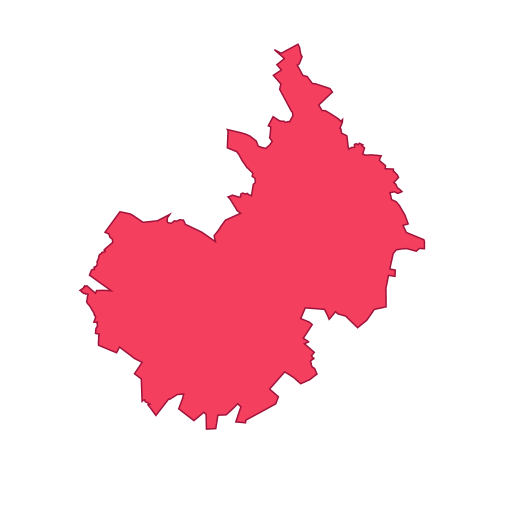 Quiriego, Sonora, Mexico (orthographic projection), rotated 312°
{"feature_id": "50627088B40581127001801", "entity_name": "Quiriego", "entity_type": "district", "adm_level": 2, "iso_a3": "MEX", "parent_name": "Mexico", "parent_adm1": "Sonora", "projection": "orthographic", "projection_center": [-109.479, 27.591], "detail": "fine", "context": "isolated", "style": "filled", "palette": "rose", "viewbox_px": 512, "rotation_deg": 312, "n_neighbors": 0, "source": "geoboundaries", "source_scale": "gbopen_adm2", "svg_char_len": 5775}
<svg xmlns="http://www.w3.org/2000/svg" viewBox="0 0 512 512"><g transform="rotate(312 256 256)"><path d="M421.6,131.6L421.7,139.2L421.7,145.0L412.1,143.5L411.3,150.4L401.9,148.0L400.5,159.3L395.7,162.1L387.3,185.4L387.2,186.9L385.0,189.6L379.0,190.9L378.4,191.3L377.3,189.8L376.7,189.7L376.3,189.5L376.2,189.3L374.9,188.2L375.0,186.9L374.1,185.8L372.6,183.8L372.0,182.0L371.0,175.5L361.0,178.0L361.9,180.6L355.4,185.5L353.0,186.9L352.0,191.3L347.7,191.9L343.1,191.3L342.5,191.2L340.7,188.0L339.1,184.2L341.6,179.3L341.1,171.4L339.8,167.2L337.7,162.7L330.8,150.1L330.1,151.7L317.2,162.3L320.6,171.8L319.9,175.6L317.7,181.6L315.6,190.4L315.8,190.8L315.4,198.3L312.6,199.8L313.1,203.2L310.5,206.0L309.1,206.4L307.8,206.0L307.5,206.0L297.8,212.3L297.3,210.9L296.7,210.0L296.6,209.1L296.8,208.2L296.7,207.7L296.4,207.4L296.1,207.2L295.2,207.0L293.9,204.1L292.3,203.3L290.4,204.1L289.7,205.0L288.6,204.4L285.4,197.7L282.1,196.3L281.2,195.7L280.9,198.9L277.4,210.9L277.1,211.2L277.5,216.0L262.2,209.3L259.5,209.6L253.8,210.2L253.3,210.4L248.5,211.0L243.1,211.3L242.7,211.7L239.5,216.3L237.5,200.1L233.3,185.7L232.2,182.5L234.1,178.1L231.7,174.9L228.6,173.7L227.6,171.8L223.9,171.3L221.9,168.6L222.1,167.0L224.2,165.2L226.0,164.4L228.2,164.3L229.3,164.1L227.6,163.5L223.1,161.8L219.9,160.6L218.1,159.8L217.4,159.7L216.1,159.1L205.5,149.6L203.7,136.7L203.0,134.2L198.4,126.2L197.7,125.3L172.6,127.9L173.9,132.0L172.2,134.9L172.3,138.2L169.9,140.6L169.3,140.3L160.9,139.2L158.8,139.1L158.8,140.3L158.3,140.9L155.3,139.0L154.7,139.6L153.2,139.0L152.8,138.8L152.1,138.9L151.8,139.0L151.4,139.0L150.4,139.6L149.5,140.1L148.7,140.6L148.2,140.9L145.3,141.7L143.9,143.4L141.8,144.2L141.2,143.9L140.9,143.8L140.5,143.7L140.3,143.6L139.8,143.7L139.6,143.5L139.5,143.4L139.5,143.2L139.4,143.2L139.4,143.3L139.2,143.5L139.1,143.8L139.0,144.0L138.6,144.2L138.3,144.3L138.2,144.4L138.0,144.7L137.9,144.7L137.6,144.8L136.9,143.7L136.3,143.4L136.0,143.3L135.3,143.2L130.3,145.1L133.3,171.7L131.6,169.6L128.6,165.8L123.6,160.6L120.9,161.7L120.7,150.3L119.7,149.9L119.2,148.6L117.7,148.9L117.7,149.4L112.6,148.2L112.6,148.3L112.6,148.5L112.7,148.8L113.1,149.2L113.2,149.3L113.0,149.5L112.9,149.7L112.8,150.0L112.7,150.5L112.7,150.8L112.7,151.1L113.0,151.7L113.0,151.9L112.9,152.2L112.8,152.3L112.8,152.5L113.0,152.8L113.1,153.3L113.3,153.5L113.5,153.6L113.7,153.8L113.8,154.0L113.8,154.3L113.7,154.9L113.7,155.0L113.8,155.0L114.1,155.2L114.5,155.4L114.7,155.5L114.8,155.6L114.9,155.8L115.1,156.1L115.1,156.3L115.2,156.5L115.0,156.9L114.8,157.1L114.0,157.4L113.1,157.9L112.6,158.2L112.3,158.5L112.2,158.5L111.8,158.8L111.6,159.1L111.4,159.1L111.1,159.4L110.7,159.5L110.3,159.8L109.7,160.1L109.3,160.4L108.8,160.7L108.6,160.8L108.0,162.4L107.6,165.9L104.8,174.8L104.5,174.7L104.3,174.8L104.2,175.0L104.0,175.4L103.9,175.9L103.8,176.3L103.7,176.7L103.6,177.0L103.5,177.4L103.3,177.7L103.0,177.9L98.3,179.8L99.3,180.9L100.3,182.0L100.7,182.3L99.9,182.7L99.6,182.9L98.9,183.8L98.2,184.8L97.9,185.0L95.5,185.5L95.1,185.6L94.8,185.7L91.1,188.5L93.0,191.8L90.5,193.1L90.4,193.7L90.3,193.8L88.9,194.7L87.7,195.7L86.8,196.4L85.7,197.3L84.3,198.7L86.7,205.5L88.6,211.0L90.8,217.1L97.0,215.5L98.2,229.4L98.5,234.1L100.8,242.5L87.2,244.5L87.7,250.0L87.6,250.4L87.8,250.6L87.9,252.7L88.0,252.9L71.8,268.6L73.3,268.7L74.6,269.6L73.6,271.1L74.5,274.3L74.6,274.6L74.7,275.2L74.9,276.2L73.1,275.3L72.6,278.4L70.5,288.3L91.3,286.8L91.9,287.8L100.4,290.2L105.0,294.6L101.7,296.5L90.7,300.8L92.1,320.0L105.0,321.8L104.8,325.0L94.2,335.0L100.8,341.6L112.2,334.2L118.0,340.1L126.5,340.9L134.0,341.3L133.8,345.7L119.2,352.0L125.0,359.8L127.3,358.3L136.6,361.6L140.8,363.1L159.3,369.6L166.4,366.8L166.3,362.5L166.2,355.1L177.3,355.0L188.9,354.9L189.5,356.7L190.9,365.4L191.0,374.7L200.1,378.7L209.1,380.3L210.4,377.4L211.6,374.9L211.5,374.4L211.6,374.2L211.5,373.9L211.3,373.4L211.3,373.2L211.2,372.9L211.1,372.3L211.2,372.0L211.5,371.2L211.8,370.6L212.0,370.3L212.2,369.6L212.3,369.5L213.0,369.1L213.3,368.7L213.4,368.3L213.5,367.9L213.7,367.7L213.8,367.5L214.2,367.1L214.4,366.8L214.6,366.8L214.8,366.8L215.2,367.0L215.6,367.2L216.1,366.9L216.4,366.9L216.8,366.9L217.1,367.2L218.2,367.7L218.8,367.4L218.6,366.9L218.4,365.8L218.5,365.7L219.0,364.0L223.4,363.8L223.2,350.6L227.3,352.6L227.5,352.5L226.5,346.2L242.6,343.7L242.6,342.4L242.5,339.6L239.4,331.1L250.4,327.3L262.2,342.6L259.6,349.2L257.9,352.7L259.6,352.7L267.8,352.4L267.8,355.6L271.3,362.8L270.8,376.8L270.7,379.5L282.3,381.3L290.7,380.3L295.4,379.6L302.9,385.0L304.0,385.6L305.2,386.7L310.9,381.6L314.1,378.6L318.1,375.0L318.1,374.6L324.0,371.2L330.3,367.4L333.9,372.9L338.7,368.9L337.6,366.8L337.1,366.2L335.9,364.1L349.5,356.4L354.5,356.0L354.9,356.6L358.3,359.1L362.4,363.1L366.8,371.9L370.9,372.3L374.1,376.3L379.4,371.6L380.4,369.8L374.1,352.0L377.0,345.0L377.7,344.9L380.6,347.1L381.7,347.6L386.1,339.2L389.4,328.9L389.9,325.5L390.1,323.7L388.6,319.0L390.8,316.0L392.6,313.2L396.3,315.8L397.3,319.1L397.9,319.8L401.5,321.4L401.6,317.8L401.3,315.4L402.9,311.8L402.8,309.2L409.8,309.4L410.8,306.6L411.2,302.0L410.8,301.6L412.5,299.9L407.3,293.6L409.8,291.8L409.5,283.9L411.4,282.8L414.2,282.0L411.5,278.2L408.0,273.7L405.6,271.4L404.0,269.5L403.3,267.0L409.0,264.3L408.8,260.9L410.1,261.0L408.9,257.3L407.1,257.4L406.5,255.3L404.7,254.5L403.2,256.4L402.5,256.2L400.6,254.4L397.5,253.3L398.9,251.3L399.0,251.2L405.8,243.5L406.1,242.8L404.5,237.5L407.2,234.1L406.9,233.0L413.2,230.7L415.3,229.0L413.0,229.0L413.0,225.1L411.7,216.7L410.4,210.3L408.3,207.8L410.2,201.6L427.0,202.9L428.9,203.2L429.9,198.9L423.9,185.2L421.9,182.4L423.6,173.8L421.5,170.1L422.4,167.5L423.8,163.7L425.3,159.0L427.7,159.6L431.7,158.1L434.9,156.9L436.0,154.1L438.0,151.5L440.1,148.9L441.5,145.5L423.5,139.1L421.6,131.6Z" fill="#f43f5e" stroke="#9f1239" stroke-width="1.5"/></g></svg>